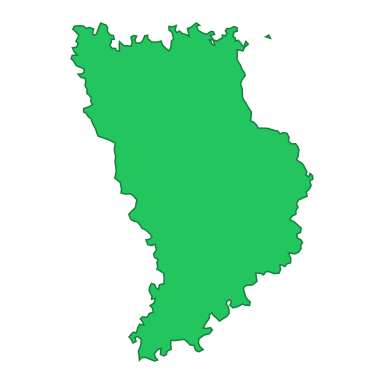 the district of Cantagalo, Paraná, Brazil
{"feature_id": "56859067B14365297137132", "entity_name": "Cantagalo", "entity_type": "district", "adm_level": 2, "iso_a3": "BRA", "parent_name": "Brazil", "parent_adm1": "Paraná", "projection": "mercator", "projection_center": [-52.14, -25.306], "detail": "fine", "context": "isolated", "style": "filled", "palette": "green", "viewbox_px": 384, "rotation_deg": 0, "n_neighbors": 0, "source": "geoboundaries", "source_scale": "gbopen_adm2", "svg_char_len": 4703}
<svg xmlns="http://www.w3.org/2000/svg" viewBox="0 0 384 384"><path d="M301.1,248.5L300.7,244.9L302.6,242.8L301.2,240.1L297.5,238.0L296.6,234.0L300.4,232.6L301.2,228.1L294.0,221.7L289.9,219.9L291.6,216.4L295.9,214.2L295.9,210.4L298.0,207.4L296.4,203.5L298.6,200.0L302.1,198.3L307.0,196.3L306.4,191.9L309.7,188.6L311.1,185.6L309.7,180.6L312.8,179.4L312.5,175.7L310.0,173.4L308.7,177.2L305.9,174.7L306.9,171.7L305.1,168.5L303.5,165.1L301.1,162.6L298.2,161.1L296.4,159.1L297.9,156.9L298.5,153.0L298.9,150.0L298.1,147.4L295.6,143.7L291.3,143.9L288.4,140.9L289.1,137.3L286.8,133.2L282.9,132.7L279.9,133.9L278.0,131.2L274.0,130.3L267.9,128.4L263.9,128.2L258.2,128.1L256.6,125.2L253.8,122.2L250.4,120.7L251.0,118.0L251.3,112.0L249.2,108.8L247.1,105.5L245.7,102.6L243.9,100.4L242.5,96.9L242.3,88.8L240.4,84.1L242.0,79.8L245.2,75.5L244.4,72.6L241.9,69.1L240.4,65.1L238.5,62.2L236.9,59.1L237.3,55.5L237.2,49.8L243.1,50.9L244.5,47.4L241.7,44.6L240.1,42.2L238.2,40.3L235.5,41.1L235.4,38.2L233.1,36.5L233.9,32.2L237.2,31.2L237.0,27.6L233.9,26.6L230.0,28.6L227.0,28.5L225.3,30.9L227.0,33.2L225.4,35.9L222.3,35.0L222.4,38.2L219.7,39.1L217.1,41.0L213.4,40.0L210.5,35.3L214.6,34.4L213.4,31.8L210.9,31.4L208.8,32.9L206.6,34.4L203.2,33.2L198.3,30.5L196.4,26.3L199.6,25.2L196.2,23.0L192.9,25.7L190.8,27.4L187.4,28.5L188.3,32.2L189.1,36.5L186.5,34.7L182.4,33.6L179.4,31.0L176.6,32.7L175.0,29.9L176.3,25.5L172.6,26.9L169.0,26.4L169.0,29.8L171.9,32.4L173.0,35.8L173.4,38.9L171.3,41.4L171.2,45.3L170.5,48.4L168.8,51.0L165.1,47.7L162.3,44.8L161.1,41.0L158.1,41.9L154.9,42.2L151.5,41.9L147.6,38.5L147.7,35.3L144.8,35.7L143.2,39.6L141.6,42.3L138.8,43.1L136.2,43.1L134.8,40.0L136.7,36.1L133.5,35.5L131.0,37.0L132.2,42.5L131.1,46.3L126.8,45.7L124.2,46.0L119.5,41.7L119.2,45.4L119.5,51.2L116.7,50.6L115.3,48.3L112.1,48.4L109.9,45.2L111.3,42.6L111.3,39.6L114.3,39.2L113.4,35.6L110.0,34.9L107.4,31.6L107.6,27.9L106.2,25.2L103.2,24.0L100.7,23.0L99.0,27.0L97.6,30.5L96.6,33.9L93.6,35.3L92.6,32.7L93.6,29.0L89.3,27.4L86.2,28.5L83.5,26.1L79.5,25.7L74.2,26.3L72.8,29.2L74.9,31.0L78.8,35.1L77.7,38.2L75.9,41.4L78.3,43.5L76.6,47.1L72.4,47.7L74.2,51.8L77.4,55.1L72.2,55.3L71.2,58.8L73.6,61.1L76.3,65.6L79.1,66.9L83.9,68.8L84.2,72.5L81.1,74.1L78.1,74.1L80.9,77.4L85.1,78.3L85.7,81.5L85.1,86.2L87.1,89.1L86.9,93.5L89.3,95.2L91.1,98.1L90.8,101.5L92.5,104.6L89.4,106.6L83.8,108.5L83.5,111.9L86.2,113.4L88.4,116.9L91.0,118.6L91.8,121.4L94.0,126.0L95.6,128.9L96.9,133.1L98.2,136.2L103.0,137.8L109.1,139.9L112.0,141.5L115.4,143.1L114.3,149.3L115.6,156.9L115.0,162.0L115.6,165.1L116.3,170.7L115.7,174.0L114.7,178.0L120.2,182.4L121.5,189.2L121.0,192.8L125.0,194.1L127.9,193.9L131.1,193.9L134.0,196.5L137.0,200.0L136.2,202.9L135.5,207.5L131.9,210.9L128.8,214.3L129.8,217.1L131.1,219.6L133.5,221.0L137.2,221.8L139.9,224.8L142.2,228.5L145.5,229.7L148.5,232.5L150.5,234.5L151.9,237.1L149.6,239.2L146.0,239.8L147.8,244.6L152.0,245.6L154.9,244.0L156.5,250.1L153.6,253.8L154.5,257.4L158.1,259.4L156.9,262.3L157.7,266.5L156.9,269.2L159.6,270.6L163.6,273.3L164.2,278.3L163.8,283.7L159.5,284.7L158.4,289.4L156.0,287.9L154.5,284.5L151.5,283.4L149.5,287.3L149.2,290.8L150.5,293.6L152.0,296.1L151.5,299.2L155.3,298.5L154.0,303.1L150.1,305.5L152.5,308.2L153.3,312.2L149.2,313.5L147.2,317.4L142.7,316.8L140.3,318.8L142.9,322.2L143.9,325.1L139.6,324.2L137.7,328.0L136.5,332.7L133.4,332.2L131.5,334.0L129.0,336.9L131.2,339.4L133.0,343.0L136.1,341.5L134.9,337.5L137.4,336.4L141.2,339.2L141.0,344.1L140.0,347.5L138.4,351.0L139.1,355.9L139.4,360.1L141.6,357.6L145.5,357.4L154.6,361.0L157.6,359.9L155.5,357.7L154.3,354.0L157.7,349.6L161.0,348.4L160.4,354.4L164.0,355.9L166.4,354.5L167.1,351.2L171.2,349.2L170.6,343.5L171.1,340.1L174.5,340.7L177.1,340.3L180.8,339.8L184.4,339.4L187.3,342.0L190.1,345.0L194.0,345.4L195.7,350.4L198.7,351.8L203.2,349.6L200.0,346.6L198.4,343.2L199.0,338.7L204.1,335.1L209.5,333.7L212.3,330.0L210.7,327.7L206.1,328.4L203.3,328.0L205.1,324.2L206.9,321.7L209.4,318.1L209.4,314.8L211.7,312.7L213.6,315.6L216.4,317.9L219.5,321.1L223.7,318.3L226.8,316.5L229.2,313.2L228.6,307.6L226.3,304.1L227.1,301.0L229.4,299.8L231.5,301.7L229.9,305.2L232.9,307.8L237.3,306.8L242.5,304.1L245.1,305.1L249.5,305.5L250.2,302.0L247.6,299.7L245.5,296.6L244.5,292.8L243.4,289.3L244.5,286.3L247.3,285.3L252.2,285.0L257.0,281.4L255.7,273.2L260.3,273.2L263.6,274.9L265.7,271.7L269.2,271.7L274.0,273.6L279.0,273.2L280.6,269.2L279.6,265.0L282.2,265.1L284.8,266.6L286.7,264.0L290.6,262.8L290.8,258.5L288.5,252.7L294.9,253.9L298.5,252.2L301.1,248.5ZM213.4,40.0L214.8,45.1L212.2,44.5L211.1,41.9L209.1,39.9L213.4,40.0ZM244.5,47.4L248.3,44.2L245.9,41.4L244.7,43.9L244.5,47.4ZM268.8,35.1L265.8,36.8L270.4,38.3L268.8,35.1Z" fill="#22c55e" stroke="#15803d" stroke-width="1.5"/></svg>